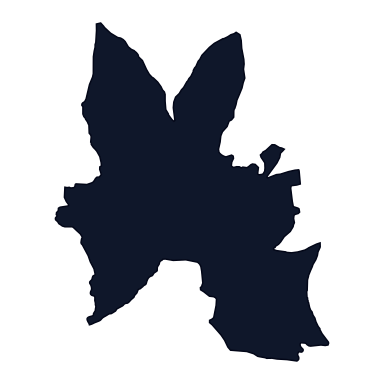 Escuintla, Escuintla, Guatemala
{"feature_id": "79465075B12428075404525", "entity_name": "Escuintla", "entity_type": "district", "adm_level": 2, "iso_a3": "GTM", "parent_name": "Guatemala", "parent_adm1": "Escuintla", "projection": "orthographic", "projection_center": [-90.807, 14.309], "detail": "fine", "context": "isolated", "style": "filled", "palette": "ink", "viewbox_px": 384, "rotation_deg": 0, "n_neighbors": 0, "source": "geoboundaries", "source_scale": "gbopen_adm2", "svg_char_len": 5915}
<svg xmlns="http://www.w3.org/2000/svg" viewBox="0 0 384 384"><path d="M100.7,23.0L96.4,24.0L96.5,30.6L95.8,42.4L95.1,44.6L95.1,47.2L94.2,51.2L93.4,56.7L93.3,73.7L92.6,77.0L89.5,84.5L86.1,98.9L84.7,101.6L82.6,103.0L81.9,104.1L81.9,105.5L82.4,106.0L82.9,106.7L82.9,114.0L83.9,116.6L85.4,118.3L85.6,119.2L87.4,121.8L88.2,123.8L88.9,125.0L89.2,133.2L90.7,135.0L91.2,136.8L90.7,142.1L91.3,143.0L91.3,144.4L93.3,147.4L95.1,149.2L96.8,151.2L99.8,156.6L101.2,162.8L101.4,165.9L99.8,166.9L99.7,169.5L100.2,170.8L101.3,174.5L99.4,177.0L96.9,177.2L95.5,178.5L94.6,180.1L93.3,181.9L91.9,182.8L86.9,184.5L76.0,183.9L75.3,184.4L74.8,186.8L73.7,187.7L70.7,188.0L69.3,187.3L67.1,187.6L64.9,187.2L64.4,197.3L66.3,201.5L68.5,204.5L68.6,205.2L68.1,205.9L66.6,206.2L60.1,207.2L59.0,207.8L58.4,208.3L58.3,210.6L56.5,212.7L56.3,214.7L56.9,215.1L56.9,216.2L55.5,217.9L55.4,218.7L55.6,219.8L57.7,221.7L58.9,223.7L60.5,224.7L62.3,226.0L64.9,226.8L72.2,226.8L73.2,227.3L77.1,231.0L80.3,233.9L82.3,237.1L81.5,239.1L81.0,242.4L81.3,243.7L82.3,244.7L88.2,255.7L90.3,261.8L94.0,268.8L95.2,274.3L94.6,275.2L93.2,275.8L92.7,276.6L92.3,277.9L92.0,279.2L91.7,279.8L90.6,280.9L90.0,281.5L89.7,282.1L89.7,282.9L89.9,283.7L90.6,284.5L91.0,285.6L91.4,286.8L91.6,288.2L91.6,289.4L91.4,289.9L90.5,292.1L90.4,293.2L90.5,293.8L90.7,294.3L91.2,294.8L91.8,295.3L92.7,295.6L93.8,295.9L94.3,296.2L94.8,297.0L94.9,297.6L94.9,298.5L94.8,300.3L95.0,301.4L95.2,302.1L95.4,303.1L95.4,304.9L95.7,305.6L95.9,306.7L95.7,307.7L95.6,308.2L95.4,309.3L95.4,310.2L95.1,311.0L93.6,313.4L93.3,315.3L92.8,315.8L89.2,316.8L88.1,317.4L87.5,317.9L87.1,318.7L87.1,319.3L87.2,319.9L87.4,320.5L88.1,322.0L88.9,323.3L89.2,323.9L89.4,324.8L90.2,324.6L91.7,324.1L92.6,323.7L94.6,322.7L98.7,321.1L99.9,320.5L100.6,320.0L102.0,318.4L102.9,317.6L104.0,316.9L105.6,316.0L107.1,315.1L108.8,314.0L109.6,313.8L111.3,313.6L113.0,312.6L114.9,311.4L115.4,311.1L115.9,310.5L116.3,309.7L116.8,309.0L118.0,308.3L122.3,306.0L122.7,305.7L123.1,305.4L124.1,304.2L124.5,303.9L125.3,303.5L126.1,303.3L127.2,303.2L127.9,302.9L128.4,302.5L129.1,301.9L131.2,299.6L133.3,297.8L133.8,297.4L134.1,296.8L134.4,295.9L134.6,295.4L135.0,295.0L136.1,293.8L136.9,292.9L137.1,292.3L137.7,290.8L137.9,290.2L138.3,289.6L138.9,289.2L139.7,288.9L140.5,288.6L141.4,287.7L142.6,286.8L143.5,285.8L144.2,285.3L145.5,284.6L146.0,284.0L146.2,283.5L146.9,281.1L147.4,279.9L148.0,278.6L148.6,277.8L149.3,277.1L149.9,276.7L150.3,276.4L152.0,275.8L152.6,275.3L152.9,274.8L153.7,273.5L154.3,272.8L155.1,272.3L156.3,271.5L156.9,271.1L157.2,270.5L157.3,267.7L157.5,266.9L158.1,265.8L159.1,264.3L159.7,262.0L160.3,261.2L161.0,260.7L161.7,260.4L162.4,259.8L162.8,259.2L165.2,259.0L173.2,260.4L185.8,259.8L197.6,262.2L199.7,264.2L200.9,266.6L201.7,271.3L202.8,283.1L201.9,285.5L201.8,286.4L200.4,287.6L200.6,289.8L203.7,291.7L209.4,296.2L213.6,296.7L215.5,297.7L216.5,299.1L216.1,305.5L213.7,317.7L211.6,319.4L209.6,320.3L209.6,322.6L212.2,324.8L221.0,334.9L224.6,340.2L227.9,347.1L230.5,350.2L246.8,351.5L253.7,353.7L257.7,356.3L259.5,356.7L265.2,357.7L266.7,358.3L272.0,358.2L276.9,359.0L287.0,359.6L296.9,361.0L297.5,360.6L298.3,359.9L298.7,359.2L298.8,358.4L298.8,357.7L298.4,356.4L297.7,355.3L297.7,353.7L298.3,352.6L298.6,351.9L299.2,351.8L301.4,352.1L302.2,351.8L303.0,350.9L303.2,350.0L303.0,349.3L302.6,348.8L301.9,348.1L300.9,347.0L300.4,346.1L300.1,345.0L300.1,344.0L300.7,343.0L301.4,342.8L302.5,342.9L305.0,343.1L305.8,343.3L307.1,344.7L309.0,345.9L310.7,346.1L321.0,345.0L325.2,345.5L328.0,345.0L328.6,343.2L328.4,342.1L322.0,333.6L320.0,329.8L319.9,328.7L318.2,326.5L315.9,321.7L314.9,318.1L313.0,315.1L312.0,311.8L310.7,310.3L309.6,307.5L308.5,302.4L308.0,301.7L308.0,300.3L307.5,299.7L307.6,298.0L307.0,297.1L306.7,291.7L307.2,290.4L307.5,279.9L308.5,276.2L308.5,275.6L310.5,270.6L312.3,266.6L312.9,264.6L315.8,259.7L317.4,255.5L318.0,251.9L320.0,247.6L320.2,246.8L320.1,242.9L316.5,244.1L308.7,247.8L307.4,248.7L304.8,250.1L297.6,252.0L291.5,252.8L286.7,252.4L285.8,251.9L276.5,250.6L273.6,249.6L273.6,248.5L274.0,247.9L275.1,247.4L275.1,246.8L275.9,246.0L278.5,244.3L280.6,242.0L284.2,236.7L290.3,231.4L293.1,226.7L293.5,224.7L294.4,222.7L293.6,218.5L294.0,215.3L295.1,214.4L298.2,213.5L299.6,212.1L299.0,208.8L297.9,208.1L293.3,206.6L292.3,201.4L290.7,188.2L291.1,186.0L292.1,185.6L296.9,185.0L300.3,184.0L299.1,170.8L298.7,169.8L294.9,170.2L288.6,171.6L280.3,174.2L276.4,174.6L268.0,177.9L267.2,177.7L267.0,177.0L267.3,176.1L276.9,163.0L279.7,157.5L280.5,153.1L282.5,151.2L284.3,149.2L281.7,148.0L279.5,147.6L274.8,144.8L272.0,144.7L265.9,150.4L262.9,152.1L262.1,153.5L260.4,155.0L261.1,157.3L264.8,162.8L265.0,168.1L264.7,171.2L263.1,173.9L261.9,174.4L259.2,174.8L258.1,174.4L257.7,173.4L258.4,167.5L255.2,164.4L252.5,164.0L250.9,164.7L248.9,166.4L247.0,167.7L242.8,167.1L241.2,167.9L239.5,166.8L236.7,166.7L233.8,167.4L232.5,167.0L231.3,165.8L231.8,162.0L233.5,158.4L233.2,156.1L231.6,155.1L225.9,156.9L223.8,156.2L221.5,154.9L219.6,153.2L218.9,152.0L218.5,149.2L220.1,142.1L220.8,135.9L222.4,131.8L227.1,126.5L229.1,121.1L231.5,119.9L233.7,117.2L233.8,111.0L234.1,109.3L234.7,108.6L236.0,104.6L236.9,100.2L239.3,94.6L242.0,88.0L243.2,82.7L244.8,78.1L243.5,69.2L244.1,64.1L243.8,59.4L241.7,48.3L241.2,40.4L239.9,34.7L236.1,32.3L234.1,33.7L230.9,34.7L227.7,36.8L224.0,38.6L222.9,38.7L214.4,43.3L209.4,47.4L201.9,55.3L199.8,59.4L198.2,61.2L195.9,66.5L194.6,67.9L193.3,70.4L193.3,71.5L190.8,76.5L188.9,78.6L187.7,81.0L186.9,81.7L183.6,87.5L181.4,89.9L179.3,93.5L175.6,97.1L173.8,102.1L173.3,107.7L174.9,120.5L173.9,121.3L172.0,119.7L168.5,114.9L168.3,113.8L165.8,109.6L165.1,101.1L165.1,94.4L164.4,92.0L162.5,89.9L161.0,86.7L157.7,82.1L153.4,78.0L152.2,77.4L149.3,74.3L146.5,69.5L142.4,60.5L138.7,57.0L138.0,54.6L136.4,52.6L134.7,51.2L134.1,50.6L131.4,49.4L128.3,46.9L125.1,41.5L123.2,39.6L120.7,38.1L117.7,37.5L110.6,33.2L104.5,27.5L103.6,26.2L100.7,23.0Z" fill="#0f172a" stroke="#020617" stroke-width="1.5"/></svg>